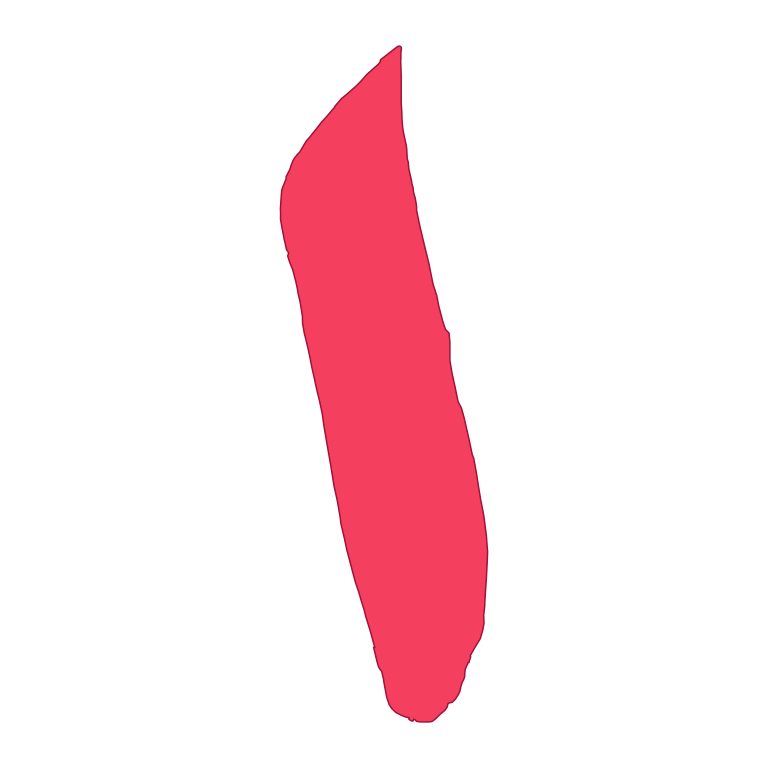 Zamalik, Al Jizah, Egypt
{"feature_id": "37247803B72756565577460", "entity_name": "Zamalik", "entity_type": "district", "adm_level": 2, "iso_a3": "EGY", "parent_name": "Egypt", "parent_adm1": "Al Jizah", "projection": "robinson", "projection_center": [31.224, 30.056], "detail": "fine", "context": "isolated", "style": "filled", "palette": "rose", "viewbox_px": 768, "rotation_deg": 0, "n_neighbors": 0, "source": "geoboundaries", "source_scale": "gbopen_adm2", "svg_char_len": 3259}
<svg xmlns="http://www.w3.org/2000/svg" viewBox="0 0 768 768"><path d="M410.6,720.5L412.3,721.1L413.4,720.6L413.5,720.2L413.7,719.3L415.3,719.8L416.1,720.9L416.2,721.1L416.8,721.4L420.3,721.9L428.9,721.9L431.6,721.6L432.8,721.0L435.8,718.6L440.7,713.8L444.7,710.5L445.9,708.9L447.1,707.2L448.0,703.7L449.4,702.9L450.7,702.6L452.3,702.2L455.3,699.3L458.2,694.8L460.0,691.0L460.4,688.9L460.8,686.8L462.2,682.4L463.5,679.9L463.6,679.7L464.7,676.7L464.8,672.7L465.0,671.1L465.2,669.5L466.5,666.3L468.1,662.8L468.3,662.5L468.9,662.5L470.7,656.7L470.5,656.4L470.2,656.0L471.7,653.1L474.9,647.5L475.0,647.3L480.3,638.6L482.7,630.3L484.0,623.3L483.7,614.7L484.0,612.8L484.2,610.9L484.7,606.0L484.9,601.3L485.0,599.4L485.1,597.5L485.7,588.0L486.4,577.9L487.2,562.4L487.6,551.7L487.0,544.3L486.4,535.8L485.4,528.0L484.5,520.9L484.2,518.7L483.9,516.5L482.9,510.8L480.7,499.9L478.3,485.3L476.4,472.9L473.7,458.2L472.9,456.2L472.1,454.1L470.5,446.2L468.7,437.8L466.4,427.8L464.2,418.1L461.5,408.3L458.0,401.4L454.8,385.7L452.0,373.0L449.9,360.5L449.9,342.4L449.9,342.1L449.5,337.9L449.4,336.7L449.2,334.9L449.1,333.2L445.5,329.4L442.8,321.4L438.9,306.6L436.7,295.5L433.0,284.0L428.9,263.4L424.1,244.0L419.9,226.3L417.0,212.3L416.6,210.2L416.6,208.9L416.6,208.2L416.6,207.8L416.5,205.7L416.3,204.5L416.1,203.2L415.1,197.6L414.4,195.4L413.8,193.2L413.4,191.1L413.2,189.5L413.2,189.0L413.1,188.2L413.0,187.2L412.6,186.1L412.4,185.6L412.1,184.4L411.8,183.0L411.7,182.1L411.6,181.0L410.3,175.4L408.8,168.8L408.3,162.5L407.7,160.3L407.2,158.0L406.7,148.5L405.9,143.5L404.0,135.2L402.7,127.7L402.0,119.1L401.8,112.0L401.3,104.7L401.2,103.1L401.2,101.5L401.2,94.6L401.2,85.2L401.2,75.8L400.8,64.0L400.7,61.6L400.8,59.0L400.9,58.2L400.9,57.1L400.9,52.8L400.9,52.3L401.0,51.8L401.3,49.7L401.4,48.1L401.1,47.2L400.7,46.7L399.9,46.2L398.8,46.1L397.9,46.4L397.3,46.7L380.6,59.7L380.2,61.6L380.0,61.9L378.7,63.9L367.1,74.2L360.6,81.5L356.6,85.6L351.4,90.2L345.7,95.2L341.6,98.4L335.0,106.2L334.6,107.0L334.2,107.7L326.2,117.1L321.5,122.2L316.7,128.4L309.9,136.9L306.4,140.9L303.6,145.5L299.7,152.1L298.2,153.6L296.8,155.1L294.2,158.5L293.5,159.7L292.8,161.0L291.2,165.2L289.6,169.9L286.1,176.7L286.1,177.8L286.1,178.9L284.2,183.6L283.7,184.9L282.7,187.1L281.7,190.5L281.2,196.8L280.8,202.4L280.4,208.9L280.5,211.3L280.6,213.7L280.5,219.1L281.7,226.3L283.1,233.5L284.2,239.3L284.7,241.6L285.3,243.8L286.4,249.3L288.7,253.2L288.2,254.3L287.7,256.1L289.7,262.3L292.7,269.7L294.2,275.4L295.8,281.5L297.3,288.5L298.3,294.3L300.0,301.5L301.3,309.1L302.4,316.2L302.6,323.6L304.3,333.2L306.3,341.2L308.3,349.7L310.1,358.2L311.8,367.1L314.0,376.9L315.4,383.4L317.3,391.9L319.1,399.2L321.0,407.8L322.3,414.0L323.9,425.7L327.4,446.4L327.7,447.9L330.9,466.4L334.0,485.8L337.5,501.7L340.2,517.5L340.8,523.1L344.5,538.8L346.7,549.3L349.3,559.2L352.5,571.4L355.4,582.2L358.7,591.9L361.3,600.9L364.3,610.5L365.8,616.6L370.5,631.8L374.3,645.8L374.8,647.1L374.3,647.2L373.6,647.4L377.1,661.9L378.6,666.9L379.1,667.8L380.0,669.2L380.1,669.5L381.6,671.2L383.5,679.0L383.7,680.6L383.9,682.2L386.7,697.2L389.2,704.6L391.7,708.5L395.2,711.8L395.4,712.0L395.6,712.3L401.2,715.2L403.1,716.0L405.0,716.8L409.0,717.7L408.9,718.8L408.9,719.2L410.6,720.5Z" fill="#f43f5e" stroke="#9f1239" stroke-width="1.5"/></svg>